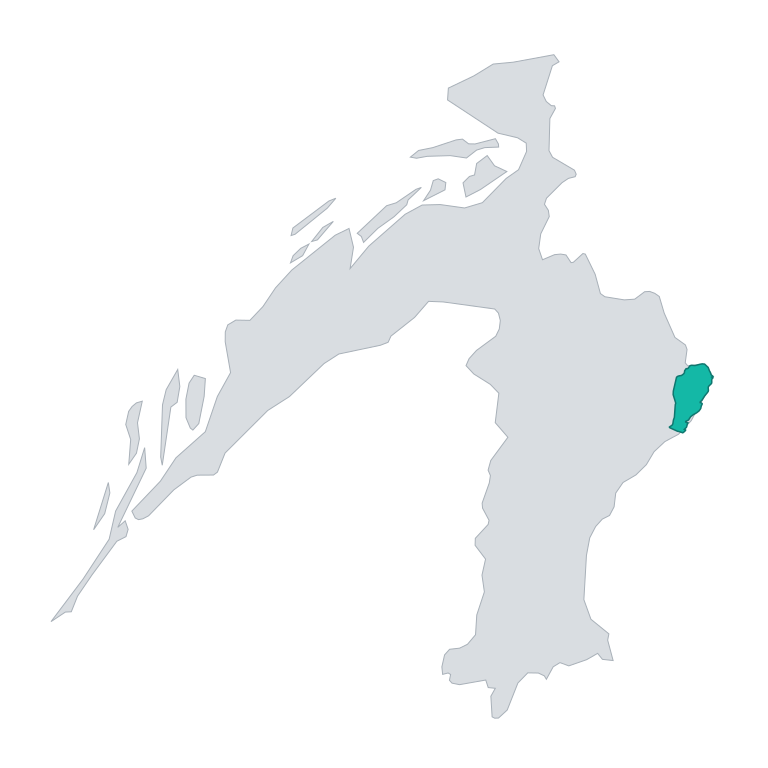 Medimurska highlighted on a map of Croatia, rotated 91°
{"feature_id": "HRV-1609", "entity_name": "Medimurska", "entity_type": "County", "adm_level": 1, "iso_a3": "HRV", "parent_name": "Croatia", "parent_adm1": "", "projection": "albers", "projection_center": [16.526, 46.414], "detail": "fine", "context": "in_parent", "style": "filled", "palette": "teal", "viewbox_px": 768, "rotation_deg": 91, "n_neighbors": 0, "source": "natural_earth", "source_scale": "10m", "svg_char_len": 4876}
<svg xmlns="http://www.w3.org/2000/svg" viewBox="0 0 768 768"><g transform="rotate(91 384 384)"><path d="M58.8,214.6L62.8,221.2L92.2,230.0L98.7,226.7L102.8,221.6L102.9,218.3L105.5,217.4L115.7,222.8L147.8,223.1L154.4,219.4L166.9,197.3L170.9,195.5L173.4,196.5L175.2,203.2L179.6,209.5L195.4,224.8L201.5,226.7L207.5,222.7L213.7,221.7L231.1,229.9L245.9,231.7L257.0,227.7L251.7,215.7L251.0,209.6L251.8,204.3L259.4,199.1L259.0,196.8L250.1,187.4L250.6,185.0L270.6,174.8L289.8,169.2L292.9,164.7L295.7,145.2L294.8,134.8L287.2,125.0L286.8,120.0L288.6,114.9L291.7,110.3L308.2,105.1L332.4,93.9L339.7,83.3L344.2,81.6L357.6,83.2L360.5,80.6L358.7,65.3L361.1,61.5L368.0,57.2L379.8,58.9L389.6,62.8L415.3,76.2L429.0,88.5L436.7,102.2L447.0,112.8L460.1,120.3L470.5,130.5L478.3,143.3L489.0,150.4L502.8,151.8L511.5,156.2L515.3,163.4L522.8,169.9L534.2,175.6L551.8,178.6L596.1,180.4L615.6,173.0L629.9,154.8L636.2,155.9L656.5,150.1L655.5,160.8L649.6,165.7L656.1,176.6L662.6,194.3L659.5,203.2L663.8,209.9L676.4,216.5L673.0,218.6L670.3,224.6L670.3,235.2L680.6,244.9L707.8,255.1L716.0,263.7L716.2,267.5L714.9,270.1L694.3,271.7L686.3,267.4L685.7,274.5L678.2,277.1L683.3,303.2L681.9,310.8L679.1,313.4L673.3,312.3L671.8,314.8L673.3,320.3L665.8,321.2L653.8,318.7L648.1,313.8L646.8,303.8L642.8,296.0L633.1,288.1L613.3,287.2L590.1,280.0L573.4,282.7L557.3,279.4L543.7,290.1L536.7,290.0L522.6,277.4L518.4,276.6L506.4,283.3L501.4,283.8L481.1,277.0L473.7,276.0L468.3,278.4L458.6,275.9L435.1,259.2L420.7,272.1L391.2,269.0L382.5,277.7L372.4,294.4L364.2,302.3L357.2,299.4L348.8,292.1L334.3,273.1L327.0,269.7L318.5,268.8L311.1,270.8L307.1,274.6L300.9,326.4L300.6,340.9L316.9,354.6L336.0,377.9L342.2,380.6L345.3,388.2L354.8,429.7L364.6,444.3L398.2,478.3L412.5,499.8L455.8,541.7L475.0,549.0L478.0,552.9L478.4,569.2L480.5,575.4L493.5,592.3L519.9,617.1L523.0,622.8L523.9,627.1L522.3,630.4L515.5,633.9L485.1,605.9L461.4,590.7L434.8,561.8L399.4,550.4L375.3,537.6L344.6,543.5L334.7,543.6L327.6,541.2L322.7,533.3L322.7,519.2L308.7,506.4L289.7,494.1L271.7,478.2L236.1,435.4L229.1,421.7L247.8,416.9L269.2,419.9L246.4,401.6L213.9,365.8L204.4,349.0L203.6,331.0L206.6,306.5L201.0,288.8L176.3,265.4L167.4,253.2L149.0,245.5L140.7,246.0L135.5,254.7L131.2,274.4L98.9,325.4L87.0,324.8L74.4,299.6L62.2,280.4L60.0,260.5L51.8,219.9L58.8,214.6ZM617.2,692.7L617.6,698.6L627.4,712.8L584.3,681.5L544.0,656.1L515.7,650.1L476.9,629.5L451.8,622.2L472.3,620.3L532.0,647.7L525.3,640.4L533.8,637.3L541.1,639.3L545.9,648.4L579.8,672.5L601.4,686.7L617.2,692.7ZM157.7,355.4L156.7,361.6L149.9,353.5L146.8,339.3L138.7,316.2L137.8,309.8L142.4,303.6L142.4,297.1L136.8,276.9L142.0,273.8L145.1,273.5L145.9,287.4L148.5,295.5L156.6,305.5L154.5,321.7L155.6,344.8L157.7,355.4ZM195.6,305.3L181.5,308.5L175.0,302.2L173.4,297.1L161.9,295.2L153.8,284.8L163.9,277.3L169.4,264.9L187.9,291.0L195.6,305.3ZM421.1,581.4L402.6,581.8L386.5,578.9L378.6,573.9L381.7,562.7L399.5,563.6L426.8,568.5L433.4,574.3L431.4,576.9L421.1,581.4ZM469.1,604.3L460.9,606.0L408.7,605.1L393.5,601.7L373.1,590.5L390.1,588.1L405.9,590.5L410.8,596.7L469.1,604.3ZM236.9,409.2L233.8,413.4L205.7,384.5L202.6,374.9L188.8,355.4L186.8,350.1L199.5,363.1L204.4,364.4L216.6,376.9L228.5,392.9L242.8,406.9L236.9,409.2ZM405.4,625.4L427.1,629.8L443.1,627.6L457.5,630.3L468.7,637.8L443.9,636.3L429.0,641.5L415.8,638.8L410.8,635.4L407.2,631.2L405.4,625.4ZM235.8,475.5L237.2,479.5L229.6,477.8L202.0,442.3L199.1,435.4L209.1,443.7L235.8,475.5ZM188.8,326.4L200.0,347.6L189.4,340.9L179.8,338.3L177.9,333.4L181.5,325.7L188.8,326.4ZM518.5,661.0L534.8,671.8L487.3,657.9L497.7,656.2L518.5,661.0ZM257.1,467.6L264.5,479.6L257.3,477.1L249.8,469.6L245.4,461.5L257.1,467.6ZM241.1,453.1L242.8,458.8L228.5,447.9L222.3,437.5L241.1,453.1Z" fill="#d9dde1" stroke="#a8b0b8" stroke-width="1"/><path d="M389.5,62.5L390.1,63.0L394.9,66.0L396.4,67.5L397.1,67.5L397.5,66.1L398.2,65.5L399.1,65.7L400.1,66.3L403.0,66.9L405.4,68.5L407.4,71.0L409.2,74.1L411.3,76.8L414.7,78.9L416.1,81.7L416.8,81.7L417.6,79.4L418.4,80.0L421.4,80.6L421.9,80.8L422.4,81.2L422.9,81.7L423.4,82.3L424.1,83.0L424.4,82.4L424.6,81.7L425.2,81.7L426.6,83.1L427.6,84.4L427.2,85.6L426.3,88.6L426.2,89.4L426.1,89.8L422.8,97.4L422.4,97.8L422.1,97.9L421.2,96.8L420.6,95.8L420.1,95.2L418.8,94.5L415.0,94.0L412.3,93.1L399.5,92.4L398.3,92.0L397.3,92.2L389.6,94.7L386.0,94.6L372.4,91.7L372.1,91.6L371.8,91.2L371.3,90.7L370.8,89.4L370.6,88.6L370.5,87.9L370.4,87.4L370.4,87.0L370.2,86.6L369.0,85.0L368.4,84.4L367.6,83.9L365.4,83.6L363.6,82.3L363.4,82.2L363.3,80.8L362.8,80.1L360.9,78.8L360.2,78.0L359.9,76.7L360.1,74.1L360.0,72.8L358.7,68.3L358.3,66.1L358.4,65.2L358.5,63.8L361.4,60.6L361.7,60.2L365.2,58.8L365.9,58.4L366.9,57.8L369.0,57.1L370.2,55.7L370.6,55.2L371.4,56.4L372.1,55.2L373.4,56.3L374.8,56.4L376.2,56.3L377.4,56.4L378.4,57.1L380.3,59.1L381.2,59.7L382.2,59.8L384.6,59.5L385.7,59.7L386.8,60.4L389.5,62.5Z" fill="#14b8a6" stroke="#0f766e" stroke-width="1.5"/></g></svg>